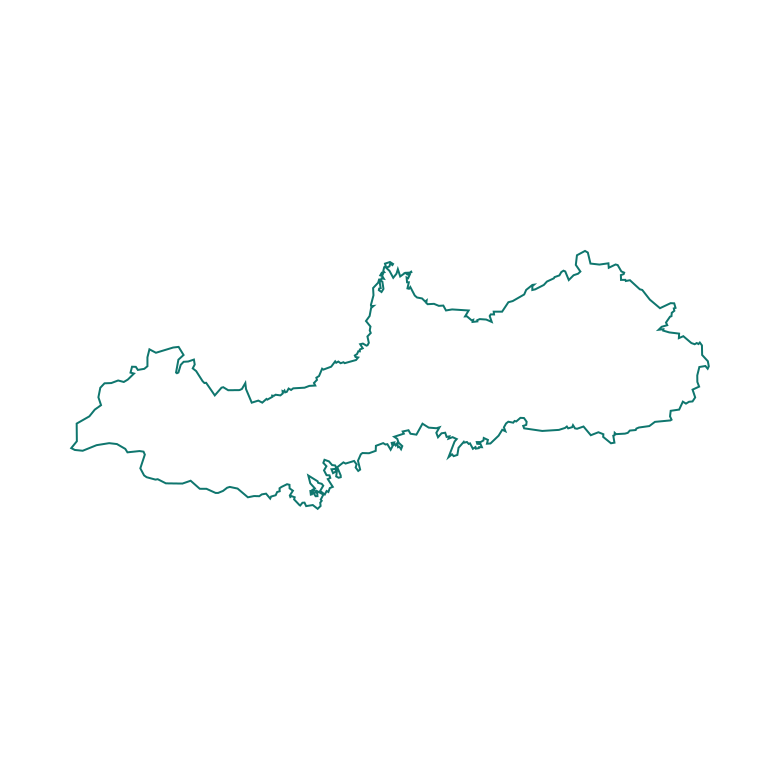 outline of Zagra, Bistrita-Nasaud, Romania, rotated 255°
{"feature_id": "2599482B99708604172426", "entity_name": "Zagra", "entity_type": "district", "adm_level": 2, "iso_a3": "ROU", "parent_name": "Romania", "parent_adm1": "Bistrita-Nasaud", "projection": "mercator", "projection_center": [24.263, 47.416], "detail": "fine", "context": "isolated", "style": "outline", "palette": "teal", "viewbox_px": 768, "rotation_deg": 255, "n_neighbors": 0, "source": "geoboundaries", "source_scale": "gbopen_adm2", "svg_char_len": 6146}
<svg xmlns="http://www.w3.org/2000/svg" viewBox="0 0 768 768"><g transform="rotate(255 384 384)"><path d="M352.7,685.5L352.0,680.7L356.3,682.1L360.0,672.9L363.3,667.5L364.6,668.1L365.3,663.3L367.4,667.0L367.5,672.8L370.4,672.3L375.0,677.7L375.1,679.2L378.3,680.4L379.6,683.4L382.0,683.5L382.1,685.3L386.8,685.2L387.9,681.8L385.8,670.2L396.7,662.6L408.0,657.8L409.3,655.6L420.6,648.4L420.9,644.2L422.1,644.1L423.2,639.9L427.9,641.0L428.1,643.9L429.4,644.8L431.3,642.4L438.4,640.5L439.5,638.6L438.1,631.2L442.5,632.0L443.6,623.0L446.9,614.6L458.2,614.9L460.5,612.6L458.4,603.7L449.4,600.1L441.8,602.8L440.3,600.0L440.0,595.3L436.6,589.4L445.8,588.2L447.0,586.7L446.2,584.2L443.5,581.5L443.1,576.4L442.1,575.4L440.8,567.9L438.3,564.0L436.3,554.6L436.4,551.6L440.1,552.6L441.1,554.6L441.3,553.0L438.1,545.7L434.2,542.6L430.8,529.8L430.8,525.3L423.3,516.8L425.5,508.7L422.7,508.3L423.6,505.1L422.3,503.7L416.1,504.1L419.8,499.4L421.9,493.3L421.5,490.6L420.3,490.4L421.0,485.7L422.9,486.7L422.7,485.2L427.9,481.6L428.3,479.8L433.1,484.8L438.4,469.1L439.0,462.9L444.4,461.6L445.3,457.2L448.5,453.0L449.8,446.8L451.4,445.8L453.7,446.8L453.0,445.1L456.8,442.9L459.0,438.3L461.5,436.6L470.9,434.5L469.5,432.8L470.3,431.4L475.8,434.3L476.3,432.6L481.0,433.4L479.9,434.7L483.0,437.2L483.7,434.9L485.5,433.7L484.7,437.7L485.0,439.4L485.5,439.3L484.9,437.7L485.9,433.2L483.7,427.5L491.3,427.1L487.3,424.6L484.2,420.4L491.8,418.6L495.7,416.2L496.2,419.7L498.7,421.2L496.7,422.9L497.6,423.8L500.3,421.3L500.0,416.1L497.4,416.2L496.8,414.4L493.4,412.6L491.9,413.2L492.1,410.7L489.9,408.5L489.0,409.8L491.3,412.0L488.9,410.2L485.7,411.1L486.7,409.1L484.4,407.8L483.2,408.9L476.0,408.1L473.5,405.4L476.0,403.3L477.4,404.0L477.4,405.6L483.0,406.1L485.8,407.9L486.2,406.3L483.4,404.6L479.5,398.3L472.4,396.8L463.7,391.8L462.5,391.8L462.1,394.1L460.7,391.2L453.4,387.7L449.5,382.9L443.0,385.8L439.5,384.1L436.7,384.4L434.2,380.3L427.7,380.0L425.7,378.1L425.6,377.0L428.5,374.1L428.6,371.3L424.0,372.7L423.6,369.6L421.8,369.1L422.3,367.7L419.9,365.7L419.1,363.2L417.5,363.5L416.3,365.9L414.4,363.2L414.3,351.4L415.5,350.5L415.3,347.5L417.5,345.7L416.9,343.3L418.5,342.7L414.4,337.5L413.6,329.2L414.8,328.2L408.5,323.3L407.6,320.3L405.3,320.3L403.1,316.6L400.3,317.2L401.5,311.4L401.0,306.3L403.3,295.2L402.3,292.7L404.3,290.7L401.6,288.1L401.5,286.4L403.4,286.2L402.6,285.1L403.4,284.2L401.1,283.8L399.8,281.0L401.7,276.5L401.1,274.7L401.7,273.0L400.5,272.9L399.1,267.3L400.0,266.6L397.5,261.6L400.5,258.3L400.2,251.4L414.8,249.4L420.8,250.3L416.0,245.5L415.5,242.9L418.3,231.9L422.5,227.9L422.5,226.1L416.8,217.6L431.2,212.5L431.4,210.8L433.7,209.5L445.1,205.9L448.6,203.3L451.8,206.2L456.8,206.7L456.4,200.7L457.3,196.2L455.1,192.6L448.3,188.4L448.0,186.8L448.9,186.1L460.7,191.7L463.9,197.9L473.0,195.2L473.8,189.8L473.2,171.8L478.2,166.4L471.0,162.4L462.4,160.1L460.7,156.4L461.3,149.9L464.8,148.7L465.9,145.1L460.6,142.1L458.8,145.2L454.6,137.7L453.3,133.2L456.2,128.1L455.5,120.8L457.0,114.2L453.8,109.0L445.1,104.7L436.8,105.2L434.1,98.0L429.0,91.0L425.3,76.9L408.2,72.5L403.0,65.3L400.3,68.3L397.5,75.7L399.3,90.5L398.0,103.2L395.1,110.5L388.3,117.3L384.4,118.5L382.5,130.5L380.9,134.2L377.7,134.7L365.6,126.8L357.8,128.6L355.4,130.6L350.8,138.5L350.6,140.8L344.5,147.6L340.0,163.5L340.6,172.2L330.5,178.9L328.7,185.4L322.4,193.1L321.7,195.5L322.4,200.9L324.4,205.6L324.5,208.4L320.9,215.5L309.8,223.2L309.4,229.5L307.9,234.5L309.0,237.4L308.6,241.7L302.8,244.4L304.5,245.8L304.6,250.6L307.3,252.8L307.4,255.5L310.3,256.1L311.1,258.3L312.3,264.4L311.1,266.6L307.6,265.8L304.5,268.4L300.7,264.2L299.1,264.3L299.6,265.7L297.7,268.4L295.8,267.3L288.8,271.1L288.3,271.6L290.4,274.5L290.0,276.5L286.2,277.2L285.5,283.9L280.6,287.6L282.6,291.2L285.9,291.7L287.3,293.6L288.7,293.0L292.9,296.8L298.3,291.2L297.0,289.5L296.0,291.3L292.9,290.7L293.3,288.9L297.8,287.4L297.9,286.2L296.1,285.8L296.1,284.7L299.7,285.2L298.9,290.0L300.4,288.1L301.1,290.2L307.1,287.1L315.2,287.2L307.2,294.7L305.6,294.8L303.7,298.0L301.5,299.0L297.2,294.6L292.6,298.2L295.5,300.9L294.1,302.3L297.5,304.7L297.9,307.9L306.7,305.1L307.2,307.8L309.9,307.7L310.8,304.9L316.1,303.7L319.5,307.1L323.5,305.0L326.2,306.9L323.5,310.8L319.1,312.9L318.0,315.7L316.1,316.2L314.6,315.0L315.2,311.2L311.1,311.7L311.9,314.7L313.9,315.4L313.6,316.6L307.1,313.9L305.2,315.9L305.2,318.1L306.9,318.5L315.7,317.3L318.8,324.5L317.1,326.3L317.4,335.2L313.4,336.7L310.7,335.0L306.7,336.6L307.5,338.8L316.6,339.0L322.1,343.4L322.9,345.3L321.0,351.6L321.6,358.7L326.4,360.2L327.1,367.9L325.2,369.7L325.0,371.7L318.8,373.4L321.8,376.2L325.1,376.2L324.9,378.8L322.6,377.4L322.8,379.2L321.7,379.5L323.5,381.5L319.3,381.2L319.4,382.7L316.6,383.6L319.3,385.6L323.6,382.9L327.6,382.6L330.4,380.2L330.9,390.3L333.3,389.8L333.0,395.7L329.1,396.7L326.7,402.2L335.7,410.9L330.3,415.9L327.7,423.2L327.8,426.4L323.3,421.9L318.6,422.4L321.5,426.8L321.1,430.5L316.7,430.8L316.5,433.6L314.5,432.2L314.9,436.5L312.0,440.0L310.2,437.3L296.6,427.4L298.5,431.5L296.3,432.6L296.5,436.5L303.1,439.5L307.5,446.1L306.6,446.3L306.5,449.1L304.2,450.3L304.4,451.7L298.4,453.1L299.4,456.0L297.8,456.0L297.5,459.0L298.4,459.5L297.6,462.2L301.1,461.7L302.1,458.6L303.9,458.6L302.9,462.2L303.7,465.4L306.0,466.4L303.1,469.9L299.7,468.0L299.0,471.4L304.4,481.3L309.2,486.4L307.0,489.0L311.1,488.6L314.3,491.7L315.4,494.3L313.2,498.8L314.5,500.6L313.6,502.1L316.0,507.0L314.9,510.4L310.6,512.0L307.7,510.8L307.5,507.6L304.9,507.9L297.7,524.7L294.4,541.1L294.7,547.5L295.6,549.6L293.5,550.4L293.6,554.6L295.3,555.9L291.7,557.0L290.8,558.9L291.3,565.7L281.0,570.5L281.9,578.6L278.7,582.9L276.2,582.0L268.0,587.9L267.7,591.4L274.7,592.1L274.8,593.4L277.1,594.2L275.5,595.2L273.7,603.9L273.7,606.8L275.4,609.4L274.4,615.2L275.6,616.2L276.0,618.9L274.7,629.4L277.3,635.9L274.7,651.2L275.1,652.5L278.7,651.9L283.9,654.0L282.9,662.5L289.6,668.1L286.9,670.6L287.9,674.1L287.3,677.5L290.5,681.1L298.7,680.6L299.9,687.7L304.9,687.2L311.2,688.8L318.8,693.0L318.2,699.1L315.0,700.6L317.0,702.3L322.2,702.7L329.7,698.8L339.0,701.1L342.3,699.8L341.2,698.1L342.6,696.7L342.0,694.4L344.0,691.5L352.7,685.5Z" fill="none" stroke="#0f766e" stroke-width="2"/></g></svg>